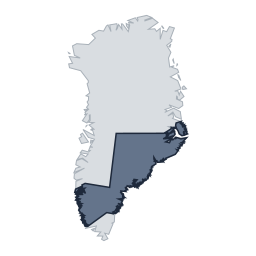 Kommuneqarfik Sermersooq highlighted on a map of Greenland
{"feature_id": "GRL-2739", "entity_name": "Kommuneqarfik Sermersooq", "entity_type": "state/province", "adm_level": 1, "iso_a3": "GRL", "parent_name": "Greenland", "parent_adm1": "", "projection": "orthographic", "projection_center": [-36.556, 66.454], "detail": "fine", "context": "in_parent", "style": "filled", "palette": "slate", "viewbox_px": 256, "rotation_deg": 0, "n_neighbors": 0, "source": "natural_earth", "source_scale": "10m", "svg_char_len": 9449}
<svg xmlns="http://www.w3.org/2000/svg" viewBox="0 0 256 256"><path d="M146.7,15.4L151.7,17.5L144.8,20.0L144.9,20.9L152.6,18.3L158.1,22.5L148.4,29.3L154.8,28.8L156.5,31.4L160.2,28.3L160.2,39.4L163.0,30.4L166.6,31.7L169.5,26.6L174.4,28.0L170.3,38.7L172.0,39.5L171.7,41.4L166.7,45.3L170.9,52.3L168.5,58.0L169.7,67.0L174.1,65.7L172.0,67.3L177.5,69.3L178.7,72.3L170.3,76.9L177.7,80.6L181.0,89.0L174.7,91.2L177.8,90.9L179.2,94.9L180.5,91.2L184.0,96.5L179.9,99.9L177.5,99.2L177.4,96.8L176.6,96.2L176.4,99.0L182.5,101.8L182.8,105.6L178.7,108.5L169.0,104.8L171.6,107.3L165.0,109.5L167.3,110.9L164.7,112.4L173.6,108.2L180.3,111.6L181.4,119.2L175.6,116.8L172.9,112.0L167.8,116.0L172.7,113.4L173.7,117.0L172.5,118.4L183.3,122.5L182.5,126.2L184.5,124.8L187.4,133.6L184.9,134.8L183.8,131.1L184.0,135.3L182.0,135.6L176.6,129.1L172.0,126.5L168.3,126.6L173.1,129.3L165.1,133.2L166.7,134.5L163.7,138.7L172.0,138.0L168.9,142.1L169.7,142.3L175.2,137.9L186.2,138.0L174.8,154.4L159.7,162.3L154.6,159.0L155.4,163.3L147.0,178.8L142.2,178.8L143.2,181.7L134.8,187.0L133.8,185.8L136.7,180.1L133.3,179.3L134.9,180.5L131.8,182.9L133.0,185.8L125.1,187.0L127.4,189.2L121.1,191.7L124.4,197.3L118.5,198.7L122.4,200.6L122.5,204.5L118.4,210.7L115.1,209.0L117.3,211.4L115.9,213.6L111.3,213.3L114.7,215.1L114.3,222.0L112.0,223.1L113.1,223.6L108.7,234.3L104.7,233.2L107.9,238.7L103.9,240.6L101.6,239.3L102.9,236.1L97.3,236.0L100.8,232.0L94.7,231.6L96.4,226.0L85.0,228.5L87.3,226.7L81.5,219.7L81.6,216.8L84.4,215.5L80.7,215.6L78.6,210.4L82.0,205.5L79.0,207.1L76.7,194.8L82.5,194.1L76.5,192.8L81.7,189.3L84.0,192.1L84.0,189.6L81.7,184.1L81.8,188.1L75.7,192.4L75.9,181.4L82.5,178.6L76.2,180.1L74.0,178.2L74.4,173.8L84.5,168.1L73.9,172.6L75.9,168.2L80.2,167.0L75.8,164.8L76.5,160.6L81.9,158.7L88.1,162.5L82.7,158.1L77.1,159.5L80.8,153.9L85.8,156.7L88.1,154.0L80.2,152.8L82.2,150.2L88.7,152.0L90.2,150.5L88.6,150.6L90.0,147.1L92.8,147.3L90.2,146.3L94.5,139.2L88.4,137.4L83.0,129.5L94.2,135.5L92.2,128.9L94.5,129.6L89.0,125.0L93.8,122.6L88.7,122.3L90.2,120.4L90.2,114.9L89.3,115.1L89.5,119.4L86.9,123.0L82.4,120.7L86.9,114.0L84.3,115.0L85.6,113.6L85.0,112.4L88.6,109.3L86.5,107.3L88.5,104.7L87.1,101.9L88.4,100.3L88.6,96.6L86.0,95.8L89.7,93.0L87.1,83.7L88.3,82.6L88.3,80.7L80.7,70.7L69.5,67.7L68.7,63.9L72.6,63.3L69.2,56.5L80.2,58.0L74.4,55.3L72.5,45.9L76.7,43.7L88.7,44.6L95.4,38.1L91.9,34.4L98.9,30.3L103.6,31.1L106.4,26.0L108.0,24.9L111.0,31.6L109.7,24.9L116.8,23.7L117.3,25.7L116.0,30.3L117.3,28.5L118.6,24.5L122.0,29.2L121.4,23.9L122.6,24.0L128.3,31.6L129.7,25.3L128.6,22.5L133.7,23.1L127.8,20.5L135.3,17.8L137.7,21.0L138.0,19.5L137.1,17.5L146.7,15.4ZM82.5,133.2L88.5,142.0L81.5,143.5L79.0,138.2L81.6,136.7L80.5,134.5L82.5,133.2ZM174.5,132.4L175.0,135.0L172.8,137.3L167.0,137.9L167.7,133.6L174.5,132.4ZM128.5,28.7L126.5,25.9L126.2,23.5L129.0,25.1L128.5,28.7ZM170.9,43.9L169.9,47.2L168.8,46.3L170.9,43.9ZM183.9,85.9L186.5,88.8L182.8,89.5L182.2,87.3L183.9,85.9ZM180.8,80.5L178.6,77.3L177.9,74.8L178.7,75.1L180.8,80.5ZM87.3,109.2L85.5,111.4L84.2,109.5L87.3,109.2ZM163.7,28.2L163.3,28.5L161.8,26.5L162.0,26.0L163.7,28.2ZM93.0,140.6L90.5,143.0L90.8,140.1L93.0,140.6ZM173.2,59.1L174.2,63.6L172.7,60.0L173.2,59.1ZM70.4,53.7L69.0,53.6L68.5,52.6L70.4,53.7ZM87.5,124.8L86.0,126.5L86.0,126.1L87.5,124.8ZM177.6,64.8L176.8,65.5L177.2,63.4L177.6,64.8ZM94.5,228.4L93.2,231.0L91.5,229.5L94.5,228.4ZM92.2,130.4L90.8,129.9L90.8,129.6L91.6,129.1L92.2,130.4ZM138.0,186.3L137.0,187.6L136.9,186.0L138.0,186.3Z" fill="#d9dde1" stroke="#a8b0b8" stroke-width="1"/><path d="M166.5,131.8L167.6,133.2L165.2,133.3L166.8,134.2L166.0,137.3L163.2,138.8L172.6,138.1L165.7,141.9L169.5,142.7L171.0,139.5L172.9,139.8L175.8,137.2L176.1,137.3L175.6,137.8L175.9,138.5L176.8,137.5L180.9,138.9L186.6,137.7L183.3,141.1L184.4,141.8L181.4,142.6L182.8,143.5L182.3,144.8L180.3,144.3L181.5,145.8L179.4,146.1L180.0,147.9L178.2,147.8L179.0,148.8L178.0,149.4L178.3,150.4L176.9,149.9L177.8,151.0L175.3,154.3L165.7,158.3L166.1,159.2L164.8,159.9L165.2,160.3L163.3,158.5L162.7,159.5L163.0,160.1L161.9,160.2L162.9,161.5L160.1,160.3L161.7,162.0L157.5,162.3L156.8,161.0L157.5,160.7L155.9,160.7L153.9,157.3L153.9,159.1L155.6,161.3L154.3,160.9L154.2,161.3L155.7,161.7L155.9,163.9L151.8,166.4L152.4,167.0L151.3,167.8L151.7,169.2L150.5,169.6L151.5,170.7L150.3,171.0L150.9,172.4L149.3,173.3L149.7,173.7L149.2,173.7L149.2,174.9L149.5,175.5L148.9,175.1L148.3,177.4L147.7,175.7L147.3,176.8L147.8,177.7L146.9,179.4L145.7,180.2L145.1,179.0L144.7,179.9L145.4,180.5L144.8,180.7L142.3,178.8L143.5,180.7L142.9,181.1L143.2,181.0L143.3,182.0L142.7,181.1L141.9,182.1L142.8,182.2L140.4,183.9L140.3,182.2L139.6,182.3L137.7,184.6L137.5,182.5L137.0,185.3L135.1,183.6L134.4,184.2L134.7,182.6L137.1,179.8L133.4,179.3L135.1,180.5L133.9,180.7L134.5,181.1L133.5,181.9L134.0,182.3L133.7,183.7L132.0,182.8L133.4,184.8L132.9,186.4L130.8,185.9L131.4,187.0L129.5,187.2L128.5,185.3L129.0,186.9L127.2,185.8L126.5,187.5L124.9,187.4L126.5,188.4L125.9,188.9L126.6,190.0L125.1,190.7L125.8,191.5L121.0,191.0L121.5,192.3L120.8,192.5L122.8,195.3L122.6,197.4L123.6,198.5L118.5,199.0L122.6,200.8L121.4,202.3L122.6,204.5L117.9,203.5L121.6,205.8L119.8,206.3L120.2,207.1L119.2,205.9L120.3,207.4L119.8,207.6L118.7,205.8L119.3,207.4L118.3,206.1L117.9,206.4L118.8,207.2L119.8,208.4L118.6,207.2L118.1,207.1L117.4,205.8L116.5,206.6L118.3,210.0L115.8,208.6L117.7,210.9L114.9,209.9L117.3,211.2L116.7,212.6L115.5,212.2L114.1,212.7L114.3,211.4L113.0,212.0L113.7,212.5L113.0,212.5L113.3,213.7L106.7,212.6L87.7,226.4L84.4,226.2L87.1,226.2L86.7,225.7L87.6,224.8L85.6,224.5L87.2,223.4L84.6,224.8L85.3,224.0L83.7,223.6L85.0,223.3L84.4,223.2L84.6,222.7L85.2,222.9L85.4,222.6L82.1,221.7L86.1,221.1L85.0,221.0L85.7,220.4L82.6,221.3L81.4,220.0L84.7,219.9L82.6,219.6L83.7,218.2L82.3,218.6L84.4,216.4L82.0,218.5L81.5,218.0L82.5,216.9L81.3,217.4L84.4,215.6L83.3,215.3L83.9,214.2L82.8,215.8L80.7,215.6L81.6,214.9L80.7,214.4L82.2,215.1L82.5,214.2L80.8,214.0L82.7,213.3L80.1,213.0L80.6,212.6L78.7,210.1L81.4,206.9L79.3,208.3L79.7,206.9L82.5,205.5L80.2,206.0L79.6,206.9L79.0,207.3L80.5,205.4L79.0,205.8L78.7,204.3L81.3,203.5L79.0,203.0L78.2,203.1L77.5,203.5L78.3,202.6L77.2,203.2L77.1,201.6L80.7,201.7L76.8,200.4L79.1,199.8L77.6,199.7L78.0,198.6L78.5,199.1L80.0,199.1L79.9,199.5L80.3,199.0L77.9,198.5L77.4,199.8L76.8,199.4L76.2,199.3L76.9,198.6L76.1,197.7L76.9,197.6L76.3,197.1L77.7,196.9L79.2,196.0L76.7,196.6L77.4,195.3L76.3,194.6L83.3,194.4L81.2,194.1L82.3,192.6L77.4,194.2L76.6,193.5L77.8,193.7L76.3,192.9L79.6,193.4L80.2,193.1L79.4,192.7L80.3,191.6L82.5,192.3L83.3,191.9L80.6,189.8L82.6,189.2L83.5,191.6L85.5,193.4L83.7,189.3L84.8,188.2L82.4,188.5L82.4,186.2L82.1,184.9L85.1,183.4L109.6,187.4L116.2,133.4L163.8,133.3L166.5,131.8ZM181.3,121.3L180.0,124.1L181.8,122.3L181.4,123.7L181.8,124.5L183.5,122.5L182.1,124.7L182.8,127.4L183.3,125.0L184.4,124.6L184.2,125.2L184.9,125.5L184.5,126.1L185.3,126.2L184.4,126.9L185.1,126.9L185.4,128.0L184.9,127.6L185.4,128.2L183.7,129.2L185.7,128.6L185.0,129.8L186.3,129.6L185.5,131.2L186.4,131.1L186.1,131.8L186.9,131.9L186.5,133.2L187.5,133.9L184.9,134.9L183.7,131.2L183.5,132.6L184.2,135.2L181.9,135.7L179.2,133.8L178.1,130.9L176.1,127.8L174.8,128.6L173.7,127.4L176.1,127.1L175.6,125.3L176.1,123.0L181.3,121.3ZM175.1,134.0L173.4,136.4L172.5,136.0L166.7,138.2L169.2,133.7L171.7,132.8L173.3,131.0L175.1,134.0ZM171.2,127.4L173.9,129.0L170.1,133.0L168.0,133.3L166.9,131.5L171.0,128.9L171.2,127.4ZM81.8,186.3L82.1,188.6L79.7,189.4L80.5,188.0L79.6,188.0L77.0,191.8L74.8,192.2L75.6,189.1L81.8,186.3ZM136.7,185.4L135.8,185.8L136.5,186.2L134.8,187.2L133.8,185.9L135.1,184.0L136.7,185.4ZM124.6,197.3L123.2,197.1L122.9,194.9L121.9,193.1L123.3,193.9L123.7,196.0L123.3,196.3L124.6,197.3ZM119.6,208.6L118.4,209.0L116.7,206.5L117.5,206.4L118.4,207.9L119.6,208.6ZM80.9,190.6L78.9,192.8L78.1,192.7L80.0,190.2L80.9,190.6ZM167.6,135.3L167.4,133.9L168.9,133.6L168.6,134.4L167.6,135.3ZM114.0,212.7L116.1,213.6L113.5,213.2L114.0,212.7ZM79.3,190.9L77.7,191.2L79.8,189.9L79.3,190.9ZM120.6,199.5L122.5,199.7L122.3,199.9L120.8,199.8L120.6,199.5ZM182.6,142.7L183.5,142.2L183.9,142.9L182.6,142.7ZM164.0,160.3L163.6,161.1L163.0,160.5L163.4,160.1L164.0,160.3ZM138.8,184.0L139.3,183.5L139.7,183.5L139.3,185.0L138.8,184.0ZM137.5,185.7L137.8,187.1L136.9,186.1L137.5,185.7ZM172.2,136.7L173.1,136.6L172.2,137.1L172.2,136.7ZM118.9,209.4L118.6,210.1L118.2,209.4L118.9,209.4ZM138.5,184.3L138.5,185.6L137.8,184.9L138.5,184.3ZM127.7,189.4L127.7,189.7L126.4,189.2L127.7,189.4ZM117.4,212.4L118.1,211.1L118.1,211.5L117.4,212.4ZM78.4,203.9L77.8,204.2L77.6,203.6L78.2,203.2L78.4,203.9ZM83.1,222.5L84.4,222.4L84.5,222.8L83.1,222.5ZM79.1,203.2L78.7,204.1L78.5,203.7L79.1,203.2ZM86.2,225.8L84.8,225.6L84.7,225.4L86.2,225.8ZM140.3,184.2L141.0,184.2L140.2,184.7L140.3,184.2ZM74.9,193.4L75.7,192.7L75.7,192.9L74.9,193.4ZM117.8,210.4L118.4,210.1L118.8,210.6L118.4,210.8L117.8,210.4ZM173.7,130.8L174.5,130.9L174.7,131.5L174.3,131.4L173.7,130.8ZM137.0,187.6L137.3,187.0L137.7,187.4L137.6,187.6L137.4,187.4L137.1,187.6L137.0,187.6ZM149.4,174.9L149.9,175.1L149.5,175.2L149.4,174.9ZM76.6,199.5L77.0,199.9L76.2,200.0L76.6,199.5ZM143.7,181.3L143.7,180.7L144.1,180.6L143.7,181.3ZM81.9,219.2L82.5,219.1L82.5,219.4L81.9,219.2ZM121.2,205.3L121.9,205.2L121.9,205.3L121.2,205.3ZM78.3,204.3L78.2,204.9L78.0,204.4L78.3,204.3ZM151.2,171.8L151.2,171.2L151.6,171.1L151.2,171.8ZM115.7,212.6L116.1,213.0L116.3,213.0L115.9,213.2L115.7,212.6ZM82.3,223.2L82.9,222.8L83.5,223.0L82.3,223.2Z" fill="#64748b" stroke="#1e293b" stroke-width="1.5"/></svg>